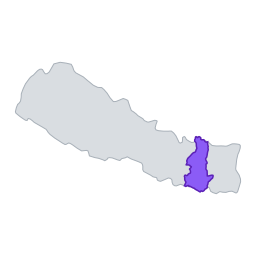 location of Sagarmatha within Nepal
{"feature_id": "NPL-1133", "entity_name": "Sagarmatha", "entity_type": "Administrative Zone", "adm_level": 1, "iso_a3": "NPL", "parent_name": "Nepal", "parent_adm1": "", "projection": "robinson", "projection_center": [86.603, 27.261], "detail": "fine", "context": "in_parent", "style": "filled", "palette": "violet", "viewbox_px": 256, "rotation_deg": 0, "n_neighbors": 0, "source": "natural_earth", "source_scale": "10m", "svg_char_len": 5204}
<svg xmlns="http://www.w3.org/2000/svg" viewBox="0 0 256 256"><path d="M239.1,144.4L240.2,145.3L240.3,146.8L240.1,148.4L239.0,151.9L237.9,154.3L236.7,159.5L235.7,168.4L235.9,170.0L239.2,175.2L240.5,179.1L240.6,181.8L239.3,186.3L237.7,191.4L236.9,192.6L236.0,193.0L232.0,191.2L229.1,191.4L225.9,192.4L222.6,192.2L219.8,191.6L216.3,193.7L212.9,192.6L210.7,191.3L209.3,187.8L208.7,187.3L201.6,191.0L199.9,191.2L195.5,189.3L191.9,187.3L190.5,186.7L187.1,185.9L183.9,185.5L180.5,184.3L176.3,185.9L174.6,185.7L173.0,184.6L172.1,182.2L171.9,179.9L170.5,178.4L168.3,178.0L165.2,179.4L160.6,181.3L159.1,181.0L157.8,180.4L157.3,179.9L156.7,177.8L155.9,177.4L154.9,177.3L153.0,176.8L150.7,175.2L143.7,171.5L142.8,169.8L142.8,166.2L142.5,164.7L141.6,163.1L138.0,161.5L131.0,158.9L127.2,156.8L125.3,157.8L121.8,158.6L119.9,160.5L117.6,159.9L112.2,157.9L109.2,157.6L107.5,158.3L107.1,159.4L104.8,160.7L102.7,159.7L98.6,158.3L94.9,157.6L89.4,155.9L88.8,153.4L87.9,150.8L86.5,150.4L81.6,150.9L77.0,148.1L72.2,144.6L70.1,143.4L68.7,143.0L67.6,143.5L66.2,144.3L65.0,144.5L62.3,143.0L59.0,140.8L54.9,138.2L50.0,134.4L48.1,132.3L47.2,130.8L46.1,129.3L41.9,126.8L38.6,124.9L34.6,122.6L33.9,122.1L32.4,120.7L30.1,119.0L28.2,118.5L27.6,119.5L27.1,120.5L25.4,120.2L22.8,118.5L20.1,116.6L18.0,114.9L15.9,113.1L15.4,111.8L16.3,107.8L17.7,104.3L18.8,103.5L20.5,101.2L21.2,97.2L21.3,93.8L23.1,88.9L25.5,83.8L29.6,78.2L31.4,76.4L33.4,75.1L37.2,71.1L38.0,70.4L39.7,69.3L41.3,69.1L42.5,69.6L43.7,71.7L45.2,73.8L47.1,73.7L49.3,71.9L53.9,63.9L60.1,62.3L66.0,63.1L71.2,64.3L72.7,67.0L73.6,69.8L74.3,71.2L75.9,72.9L83.3,76.9L87.5,80.5L93.4,85.3L97.8,87.4L101.7,87.6L103.9,89.5L107.2,93.3L109.9,97.6L113.4,101.6L115.9,101.5L119.2,100.2L123.2,98.5L125.6,99.3L127.8,100.4L128.5,102.5L129.8,106.4L131.3,110.5L133.6,111.9L136.3,114.0L137.8,115.6L142.9,118.7L143.7,119.9L144.7,120.8L145.9,121.3L147.0,121.9L148.6,122.1L154.6,120.3L156.1,120.5L157.0,120.9L157.1,121.5L156.0,124.4L155.1,128.1L156.0,129.9L158.5,130.7L164.0,131.2L171.4,131.1L173.7,133.0L175.9,135.8L178.2,140.5L179.1,142.5L180.2,143.1L182.2,142.3L182.5,140.4L182.6,137.5L184.2,136.5L185.2,137.2L186.4,139.5L189.5,141.5L191.7,142.5L193.9,142.2L194.7,141.4L195.8,137.4L197.5,136.8L199.6,137.1L200.4,137.9L201.2,139.5L203.8,140.2L206.3,141.2L208.7,142.5L212.1,145.5L216.3,146.0L221.1,145.9L223.6,146.0L225.5,146.2L227.2,146.0L232.1,143.9L234.2,143.8L236.7,144.0L239.1,144.4Z" fill="#d9dde1" stroke="#a8b0b8" stroke-width="1"/><path d="M198.8,136.7L199.3,136.7L199.8,137.0L200.3,137.3L200.7,137.7L200.8,138.1L200.7,139.1L200.9,139.5L201.8,139.8L203.7,139.7L204.5,140.4L204.8,141.2L205.2,141.7L205.8,142.0L206.5,142.1L207.4,141.9L207.7,141.8L207.6,143.9L207.9,145.4L208.1,146.0L208.2,146.3L208.2,146.5L208.0,147.2L208.0,147.9L208.2,149.3L208.2,149.7L208.2,150.0L207.6,151.9L207.1,155.2L207.0,155.7L206.7,157.0L206.6,157.3L206.3,157.7L205.8,158.3L205.7,158.5L205.6,159.0L205.9,160.2L207.0,162.2L207.1,162.7L207.1,163.1L207.0,163.4L206.9,163.6L206.7,163.7L206.4,163.8L206.2,163.9L206.1,164.1L206.0,164.6L206.1,166.1L206.1,166.7L205.9,168.6L206.0,169.1L206.1,169.5L206.6,170.1L206.9,170.5L207.1,170.9L207.3,175.9L208.2,176.0L211.5,175.2L212.5,175.2L213.0,175.4L213.1,176.0L213.0,176.6L212.9,176.9L212.7,177.6L212.7,177.8L212.5,178.1L212.1,178.5L211.4,179.0L209.4,181.2L208.8,181.4L208.3,181.9L207.7,184.6L207.3,185.3L207.2,185.7L207.2,186.0L207.3,186.3L207.4,186.6L207.4,187.0L207.3,187.3L207.1,187.6L206.5,188.2L206.4,188.5L205.6,188.8L204.8,189.3L204.5,190.0L203.9,190.7L203.3,191.1L202.5,191.4L202.3,191.3L201.3,190.9L200.9,191.0L200.7,191.3L200.5,191.7L200.2,191.9L199.7,191.8L197.8,190.6L195.9,189.6L195.3,189.3L194.9,188.8L194.6,188.5L194.1,188.2L193.6,188.1L192.7,187.7L191.0,186.8L190.2,186.4L189.9,186.4L189.3,186.5L189.1,186.5L188.9,186.3L188.9,185.8L188.7,185.6L188.3,185.5L187.7,185.6L186.6,186.0L186.0,186.4L185.8,186.4L185.5,186.4L185.3,186.2L185.2,186.1L184.6,185.8L184.4,185.8L184.4,185.7L185.7,182.8L185.8,182.5L185.9,182.2L185.8,181.8L185.6,181.5L185.1,180.7L184.9,180.3L184.8,180.0L184.8,179.6L184.7,179.3L184.7,177.7L184.7,177.2L184.4,176.6L184.4,176.4L184.4,176.2L184.5,175.9L184.6,175.7L185.0,175.2L185.5,175.1L186.2,175.4L186.6,175.5L186.8,175.6L187.5,175.3L188.3,174.1L189.1,173.6L190.2,173.2L190.4,172.9L190.5,172.4L190.5,171.5L190.3,170.5L190.0,169.7L189.9,169.5L189.8,169.4L189.6,169.3L189.5,169.1L189.6,168.9L190.3,168.2L191.2,167.2L191.3,166.9L191.3,166.7L191.1,166.6L190.3,166.1L190.1,166.0L189.9,165.7L189.8,165.4L189.5,165.3L189.1,165.1L188.2,164.9L186.6,164.9L186.2,164.8L186.2,164.6L186.9,163.3L187.0,162.8L187.1,162.4L187.1,162.1L186.8,161.4L186.8,161.1L186.8,160.9L186.8,160.6L187.1,159.9L187.6,158.7L188.0,158.1L190.5,155.7L191.9,154.0L192.3,153.7L193.2,152.8L193.4,152.7L193.6,152.6L194.2,152.5L194.9,152.2L195.2,152.0L195.6,151.5L195.8,150.9L196.1,149.9L196.3,149.4L196.5,149.1L196.7,148.9L196.8,148.5L196.7,148.0L196.7,147.3L196.4,146.4L196.3,144.7L196.3,143.8L196.1,143.0L195.3,141.7L194.7,141.1L194.7,140.4L194.7,139.8L194.9,139.4L195.1,139.1L195.3,138.7L195.4,138.2L195.4,137.6L195.5,137.2L195.8,136.8L196.2,136.7L196.6,137.0L197.0,137.4L197.4,137.6L197.8,137.5L198.4,136.9L198.8,136.7Z" fill="#8b5cf6" stroke="#5b21b6" stroke-width="1.5"/></svg>